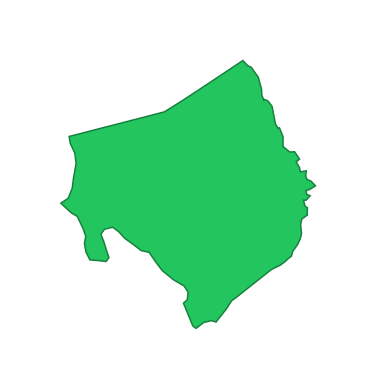 Guánica, Puerto Rico, rotated 53°
{"feature_id": "32010507B43804230876127", "entity_name": "Guánica", "entity_type": "district", "adm_level": 2, "iso_a3": "PRI", "parent_name": "Puerto Rico", "parent_adm1": "", "projection": "natural_earth1", "projection_center": [-66.908, 17.98], "detail": "fine", "context": "isolated", "style": "filled", "palette": "green", "viewbox_px": 384, "rotation_deg": 53, "n_neighbors": 0, "source": "geoboundaries", "source_scale": "gbopen_adm2", "svg_char_len": 1564}
<svg xmlns="http://www.w3.org/2000/svg" viewBox="0 0 384 384"><g transform="rotate(53 192 192)"><path d="M261.4,89.7L254.9,90.4L251.1,92.6L247.7,91.6L243.8,88.0L241.2,93.3L237.0,91.4L230.6,90.7L230.5,86.4L221.7,85.8L218.8,89.9L210.5,91.9L202.6,86.0L193.3,83.5L192.7,85.0L187.7,84.3L171.8,76.5L165.2,76.5L161.8,78.3L161.9,79.4L156.6,77.9L151.4,74.4L140.3,70.0L128.1,69.6L124.6,71.5L117.6,72.2L115.0,116.5L114.2,129.4L114.2,129.6L113.2,144.7L111.4,165.8L110.4,168.2L73.7,256.7L80.0,260.0L90.2,262.1L99.4,267.3L110.0,278.7L116.9,285.4L122.5,294.7L122.0,303.5L136.3,300.9L142.3,298.3L155.2,300.9L161.5,302.9L163.2,303.4L163.5,303.5L168.1,308.7L169.5,309.4L170.6,310.0L176.0,312.8L178.7,313.3L184.8,314.4L190.3,308.2L192.0,306.4L195.8,302.5L194.4,297.8L193.1,297.4L186.6,295.2L178.2,292.2L177.8,292.1L170.9,290.1L169.1,284.4L172.3,276.6L177.6,275.0L179.2,274.5L188.9,273.5L197.2,270.9L198.9,270.4L208.3,267.8L214.3,262.6L216.8,262.7L226.7,263.1L235.4,263.1L236.9,263.1L244.6,261.2L249.4,260.0L251.2,259.5L255.1,257.9L262.3,254.9L269.6,255.4L275.2,260.6L275.6,265.7L275.9,265.8L296.0,271.1L298.7,271.8L299.2,271.9L301.5,271.4L303.3,270.9L303.3,267.9L303.3,261.1L306.5,253.8L310.3,251.1L306.1,235.0L302.7,225.8L302.8,220.6L301.7,175.2L303.6,165.3L303.6,157.6L303.2,157.0L303.0,151.1L299.9,147.0L297.5,139.2L294.8,134.2L291.9,130.3L290.7,129.3L283.6,125.0L279.6,120.6L279.8,116.9L279.8,113.7L278.3,112.7L274.0,109.3L271.1,110.2L265.6,107.8L267.2,105.9L266.1,99.9L262.8,101.9L259.3,99.7L260.7,96.9L261.4,89.7Z" fill="#22c55e" stroke="#15803d" stroke-width="1.5"/></g></svg>